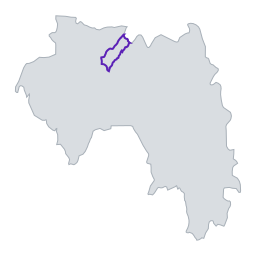 Koubia, Mali, Guinea shown in context
{"feature_id": "49546643B77076064318361", "entity_name": "Koubia", "entity_type": "district", "adm_level": 2, "iso_a3": "GIN", "parent_name": "Guinea", "parent_adm1": "Mali", "projection": "equal_earth", "projection_center": [-11.645, 11.768], "detail": "fine", "context": "in_parent", "style": "outline", "palette": "violet", "viewbox_px": 256, "rotation_deg": 0, "n_neighbors": 0, "source": "geoboundaries", "source_scale": "gbopen_adm2", "svg_char_len": 5969}
<svg xmlns="http://www.w3.org/2000/svg" viewBox="0 0 256 256"><path d="M161.0,187.9L158.6,187.4L157.6,188.0L154.5,192.9L152.6,194.9L149.7,194.2L148.6,194.6L147.9,194.0L148.9,191.3L150.4,186.0L154.2,180.6L154.3,179.5L152.7,176.4L151.1,172.1L151.1,167.5L150.8,164.2L147.4,163.3L146.8,162.7L146.7,161.6L148.6,155.9L148.7,154.7L148.5,153.7L146.4,150.8L143.1,145.4L137.5,134.3L135.5,131.9L133.5,128.6L132.7,126.4L130.6,125.6L111.2,125.8L110.8,128.7L104.1,130.6L100.0,128.4L95.4,129.7L93.1,131.2L91.4,137.6L90.4,139.0L89.4,141.9L88.5,143.5L87.5,146.7L85.3,151.3L83.0,154.2L79.1,155.8L77.9,160.6L77.0,162.4L75.5,163.8L73.9,164.7L70.7,163.8L68.9,164.6L68.6,163.4L69.6,159.6L68.8,157.6L65.7,153.7L65.5,151.8L64.5,149.3L60.5,144.3L56.7,144.6L57.8,140.3L57.7,134.7L56.5,131.6L56.8,128.5L56.1,128.7L54.9,130.8L52.8,130.1L48.7,126.8L46.7,123.5L46.4,120.8L46.0,119.7L44.7,120.3L42.2,120.2L34.3,115.3L28.8,102.9L28.7,100.1L29.5,95.3L29.3,94.0L26.7,97.2L26.3,95.0L24.3,90.1L23.8,87.2L21.9,85.9L20.4,85.7L19.2,86.7L17.7,92.5L16.5,92.4L15.4,91.2L15.6,86.9L18.7,81.4L23.7,67.8L25.6,64.6L26.7,63.5L29.1,63.4L33.7,61.6L39.4,57.3L43.8,57.6L49.0,57.1L55.7,54.2L55.8,45.0L55.6,43.0L53.2,41.1L51.8,39.6L50.6,37.5L49.2,36.1L49.2,34.6L52.2,32.6L54.9,32.6L55.8,31.9L56.5,30.6L57.3,27.3L57.6,23.8L55.8,19.1L55.9,15.8L65.7,16.3L71.1,17.2L75.6,17.4L76.3,18.2L75.6,21.4L76.2,23.3L77.7,23.8L80.2,21.6L81.5,22.1L84.2,24.9L86.8,25.6L89.6,27.1L92.2,28.0L94.6,27.9L96.3,29.4L99.6,29.9L103.9,27.9L107.2,27.1L111.9,26.9L114.3,27.5L121.5,25.9L127.1,26.8L126.2,27.9L123.6,35.2L123.9,36.5L129.6,42.7L131.0,43.2L132.5,42.4L135.0,39.5L136.9,36.4L138.8,34.9L141.0,35.0L142.7,37.2L146.8,46.4L147.8,47.5L148.8,47.5L150.5,45.8L151.4,43.8L155.2,37.7L161.0,34.7L174.8,41.6L176.9,42.1L178.1,41.6L179.8,37.5L185.0,34.0L187.5,33.0L188.9,32.9L189.4,31.8L189.7,30.1L189.4,28.4L187.8,25.3L187.7,24.3L188.7,23.7L190.6,23.3L193.2,23.6L196.1,24.9L198.5,26.9L199.8,29.2L202.4,38.9L205.4,46.6L205.3,56.8L206.6,57.8L208.0,58.2L208.7,59.0L210.1,63.3L211.5,64.5L213.0,64.8L216.0,67.5L218.0,68.5L218.3,69.4L218.2,70.5L217.4,71.9L214.6,74.7L213.1,77.1L210.2,82.9L210.1,84.0L210.8,84.8L212.0,84.9L213.3,84.5L216.0,82.4L218.1,83.2L220.2,84.8L220.9,86.5L221.1,88.7L220.7,91.5L220.6,94.7L221.3,100.1L222.4,105.5L223.5,107.5L230.4,112.3L231.0,114.0L231.4,116.0L230.9,118.8L230.2,120.3L226.5,124.6L225.9,126.6L226.2,130.4L226.5,146.2L228.0,148.9L229.8,150.3L233.9,149.5L233.8,153.9L233.3,158.9L235.7,160.4L236.9,161.9L237.6,163.3L233.8,165.9L232.7,167.5L232.2,171.6L232.3,175.4L237.4,178.2L239.4,181.4L240.3,184.7L240.6,190.9L240.2,192.4L238.9,192.4L236.3,188.6L232.3,188.2L229.4,187.4L224.4,187.9L223.6,189.1L223.1,197.4L224.3,198.8L226.6,200.4L228.1,201.1L229.4,200.9L230.4,201.9L230.6,204.6L230.0,206.6L228.7,208.5L227.1,213.3L227.4,217.7L224.7,224.8L223.9,226.2L220.2,224.8L217.8,224.3L216.1,226.1L213.7,223.3L213.2,221.2L212.4,220.7L210.8,220.7L209.3,221.9L208.6,224.2L208.3,228.7L205.6,233.0L203.8,238.3L201.6,237.8L201.1,238.5L198.8,239.8L196.8,240.2L196.2,238.8L195.1,237.6L193.8,235.4L192.3,233.5L189.5,232.3L188.4,232.8L187.0,232.7L186.1,232.0L186.3,230.9L187.7,228.1L188.6,225.5L189.0,222.7L189.0,220.1L188.2,216.3L187.0,213.4L186.6,211.6L186.8,209.2L186.5,206.9L186.1,205.7L185.5,201.4L184.7,200.6L184.3,197.1L184.4,193.6L183.3,192.3L181.6,191.3L180.6,189.9L179.9,188.3L179.3,187.9L178.8,188.0L178.3,188.9L177.7,189.1L176.7,185.8L176.3,185.7L175.6,186.5L167.7,190.1L166.7,187.0L165.1,186.4L162.5,187.7L161.0,187.9Z" fill="#d9dde1" stroke="#a8b0b8" stroke-width="1"/><path d="M129.7,42.7L129.4,42.5L128.1,41.2L127.9,40.9L128.0,40.1L127.6,39.3L127.5,39.1L127.2,38.9L126.8,38.9L126.4,38.8L125.7,38.5L125.5,38.4L124.8,37.9L124.6,37.7L124.5,37.3L124.4,37.0L124.3,36.8L123.9,36.1L123.8,35.8L123.9,35.3L123.8,34.8L123.9,34.6L124.0,34.5L123.8,34.5L123.7,34.6L123.6,34.8L123.4,34.9L123.4,35.0L123.2,35.2L123.1,35.3L122.9,35.5L122.7,35.7L122.6,35.8L122.4,36.1L122.1,36.3L121.9,36.6L121.7,36.8L121.6,37.0L121.4,37.1L121.3,37.4L121.2,37.4L121.1,37.5L120.9,37.7L120.7,37.8L120.6,38.0L120.4,38.1L120.3,38.3L120.1,38.5L119.9,38.7L119.8,38.8L119.7,39.0L119.4,39.4L119.3,39.5L119.1,39.7L119.0,39.9L118.8,40.1L118.7,40.2L118.6,40.4L118.5,40.6L118.3,40.9L118.2,41.0L118.1,41.3L118.0,41.6L117.9,41.8L117.8,42.0L117.7,42.2L117.6,42.3L117.6,42.5L117.4,42.9L117.4,43.1L117.3,43.3L117.2,43.5L116.5,44.2L115.7,45.2L115.4,45.3L115.0,45.7L114.6,46.1L114.2,46.8L113.7,47.6L112.8,48.8L112.7,48.9L111.9,48.9L111.1,48.8L110.4,48.6L109.4,48.8L108.6,49.5L107.9,50.0L107.2,50.7L106.6,51.4L106.1,52.2L105.7,53.7L105.1,54.9L104.6,56.2L104.2,56.8L103.4,57.1L102.4,57.2L101.8,57.3L101.3,57.4L101.2,58.1L101.6,59.8L101.8,61.0L101.8,62.2L101.7,63.0L101.7,63.6L101.7,64.0L102.4,64.1L103.5,64.2L104.5,64.6L105.3,65.2L105.9,65.7L106.3,66.1L106.6,66.5L106.7,66.8L106.8,67.2L107.1,68.0L107.1,68.5L107.2,69.7L107.6,70.3L108.2,70.8L108.9,71.2L109.0,70.8L109.2,70.3L109.4,69.1L109.5,68.3L109.5,68.2L109.8,68.2L110.0,67.3L110.9,66.5L111.8,65.5L112.2,64.7L112.4,63.6L112.7,62.8L113.0,62.3L114.0,61.6L114.5,60.5L114.9,60.1L115.3,59.9L115.7,59.7L116.0,59.6L116.3,59.5L116.3,59.4L116.8,59.0L116.9,58.8L116.9,58.7L117.0,58.6L117.1,58.3L117.3,58.2L117.5,58.1L117.8,58.0L118.0,57.9L118.3,57.9L118.4,57.7L118.5,57.6L118.5,57.3L118.5,57.2L118.7,56.4L118.8,55.9L119.3,55.3L120.0,54.5L120.4,53.2L120.6,52.4L121.1,51.4L121.3,51.1L121.4,51.4L121.7,51.6L122.3,52.1L122.4,51.9L122.5,51.7L122.6,51.4L122.7,51.2L122.8,50.9L122.9,50.6L123.0,50.5L123.0,50.4L123.2,50.2L123.3,50.1L123.7,50.0L123.8,49.9L124.0,49.6L124.3,49.3L124.4,49.1L124.5,48.8L124.6,48.6L124.7,48.3L124.9,48.0L124.9,47.9L125.0,47.7L125.2,47.4L125.3,47.2L125.5,47.1L125.8,47.1L126.0,47.1L126.3,47.2L126.5,47.1L126.8,47.0L126.9,46.9L127.0,46.8L127.0,46.7L127.3,46.6L127.5,46.5L127.6,46.3L127.7,46.2L127.9,46.0L128.0,45.8L128.1,45.6L128.2,45.3L128.4,45.0L128.4,44.8L128.5,44.6L128.5,44.3L128.6,44.1L128.8,43.8L128.9,43.6L129.0,43.4L129.3,43.1L129.5,43.0L129.6,42.7L129.7,42.7Z" fill="none" stroke="#5b21b6" stroke-width="2"/></svg>